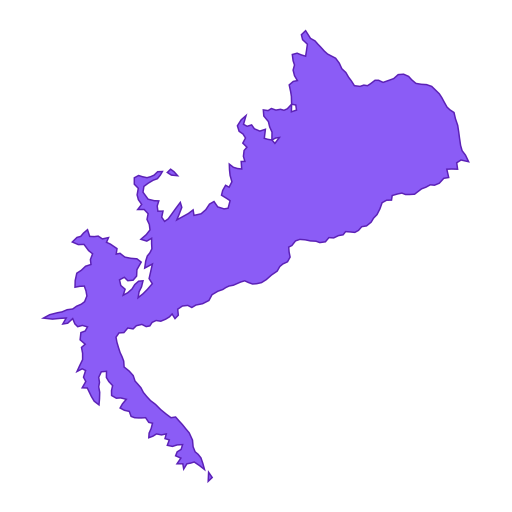 outline of Praia Grande, Santa Catarina, Brazil
{"feature_id": "56859067B99383778089329", "entity_name": "Praia Grande", "entity_type": "district", "adm_level": 2, "iso_a3": "BRA", "parent_name": "Brazil", "parent_adm1": "Santa Catarina", "projection": "equal_earth", "projection_center": [-50.033, -29.21], "detail": "fine", "context": "isolated", "style": "filled", "palette": "violet", "viewbox_px": 512, "rotation_deg": 0, "n_neighbors": 0, "source": "geoboundaries", "source_scale": "gbopen_adm2", "svg_char_len": 5490}
<svg xmlns="http://www.w3.org/2000/svg" viewBox="0 0 512 512"><path d="M305.6,30.7L301.4,34.7L302.6,39.7L307.4,44.2L306.4,51.2L305.6,56.2L301.3,54.9L297.1,53.2L292.3,54.5L293.1,60.7L294.5,65.0L293.1,70.1L294.5,75.7L297.4,80.6L293.3,81.4L289.2,84.9L290.7,91.9L291.4,96.4L291.6,104.2L287.3,108.8L284.0,110.3L280.5,109.3L275.9,110.1L271.4,108.5L268.1,110.6L263.3,109.9L263.8,116.0L268.4,121.6L269.7,127.0L272.0,132.1L271.9,140.0L267.6,139.3L264.3,138.3L265.4,129.3L259.8,131.1L254.4,128.8L251.6,124.9L247.1,126.3L243.5,124.3L246.0,115.6L241.2,119.8L237.4,125.8L239.1,131.3L243.0,134.0L245.5,138.0L242.8,143.1L246.9,147.2L244.1,150.5L243.4,156.3L244.9,161.4L241.2,161.5L241.7,169.0L237.4,168.5L233.4,167.3L229.3,164.1L229.5,169.8L230.1,175.4L231.9,181.8L229.1,187.2L225.6,185.3L222.7,190.4L221.5,195.2L226.7,198.4L230.1,200.7L228.1,208.2L224.1,208.9L217.7,206.9L214.0,201.5L209.5,204.1L205.8,209.7L201.1,213.8L194.0,215.4L193.1,209.9L188.4,213.5L182.6,216.7L176.8,219.9L179.2,214.1L181.8,207.4L180.3,202.4L175.8,208.4L171.5,214.4L168.2,218.9L164.6,221.4L161.7,217.2L163.0,211.1L157.9,211.2L157.2,206.0L158.8,200.9L154.2,200.7L148.1,199.2L143.0,192.2L143.9,186.4L148.2,183.2L153.2,180.2L157.4,178.7L160.3,175.1L162.4,171.5L157.7,171.7L154.0,175.2L150.6,176.7L147.0,177.7L142.4,176.7L138.6,175.5L134.3,177.8L134.3,184.2L138.3,188.3L137.1,194.9L138.4,199.7L141.7,204.4L137.7,209.5L144.2,209.5L148.1,213.7L147.0,219.4L149.3,224.4L150.0,229.9L146.3,234.6L140.9,239.3L146.8,241.1L151.6,238.3L151.6,243.6L151.9,248.8L149.9,252.8L147.3,256.0L145.7,261.1L144.7,268.1L152.4,264.0L151.1,269.7L149.1,278.6L152.3,283.7L147.3,289.5L143.0,293.8L138.1,297.7L139.1,291.7L141.5,286.9L143.0,280.8L138.6,281.2L134.8,284.5L132.0,289.0L127.7,292.8L123.2,295.2L125.1,289.2L120.8,285.5L119.5,279.8L124.3,277.3L127.8,280.7L133.1,280.2L136.6,276.1L136.9,269.7L141.2,262.1L136.9,258.8L130.8,258.3L124.8,257.1L120.0,253.3L116.2,254.1L117.0,248.6L110.4,244.1L106.5,242.3L108.5,237.6L102.4,238.9L98.2,236.1L94.3,236.6L89.7,236.4L87.5,229.7L83.5,233.1L80.7,236.4L77.0,237.4L72.3,242.0L78.3,244.6L84.0,244.4L88.6,250.6L92.6,253.8L90.4,259.6L91.0,264.5L85.6,266.2L81.3,270.3L76.8,273.2L75.2,280.5L75.0,287.2L79.8,286.3L84.3,286.1L86.0,290.9L86.9,296.0L84.6,301.7L81.3,304.2L76.6,306.2L72.7,309.0L67.2,309.7L62.0,311.9L57.6,312.7L49.7,314.7L43.4,318.1L52.5,319.1L59.8,318.4L66.2,318.0L62.8,324.0L67.7,323.2L72.7,318.6L74.9,323.9L77.7,326.7L82.4,325.4L87.5,326.9L85.2,331.0L80.9,332.6L80.1,339.8L85.2,344.2L81.5,347.4L82.6,353.3L82.6,359.6L79.6,365.8L77.0,371.5L82.2,368.8L85.6,370.5L83.5,377.2L85.8,381.5L82.2,387.8L87.3,388.0L91.4,396.5L94.2,401.2L99.0,404.9L99.5,399.0L99.7,392.3L98.7,386.8L99.5,382.3L98.7,377.3L101.3,371.8L106.5,371.3L106.4,377.5L108.8,381.5L112.6,385.6L111.5,390.7L111.6,395.5L116.3,398.2L120.6,397.9L126.3,399.3L122.5,403.8L120.1,408.0L124.4,410.3L129.3,411.4L131.1,416.4L134.6,417.7L138.1,417.9L141.7,417.9L145.6,417.7L148.8,422.4L152.5,423.2L151.2,428.4L149.1,433.1L148.8,437.7L152.9,436.2L156.5,433.9L161.5,434.9L166.3,433.9L165.0,438.6L169.3,439.9L167.3,445.3L172.5,446.4L177.2,444.9L182.6,444.6L181.1,449.4L177.2,451.8L175.6,455.8L180.9,458.1L177.0,463.8L182.8,463.8L183.7,469.0L186.9,463.8L190.6,463.1L194.2,462.0L199.4,465.5L204.5,469.5L202.8,463.3L200.9,457.8L198.1,454.3L195.1,451.8L193.1,446.8L192.5,440.1L189.2,432.9L185.6,428.6L182.4,424.6L179.2,421.1L175.6,417.0L171.0,417.7L166.3,414.2L160.8,409.7L155.5,404.4L150.5,400.6L146.7,396.5L143.4,392.5L140.9,387.7L138.3,384.7L135.0,381.0L133.2,375.6L129.2,371.1L124.1,367.0L123.7,361.1L122.0,356.6L120.1,352.6L118.5,347.6L116.9,342.2L116.0,337.2L119.0,332.9L123.9,332.6L127.8,328.0L133.1,328.9L136.4,325.7L141.9,324.4L146.2,326.6L149.8,325.9L152.1,322.4L156.1,320.5L160.8,321.2L165.6,319.2L169.4,316.9L172.1,314.0L175.0,318.6L178.3,315.2L177.7,309.2L182.4,306.0L187.8,305.4L191.8,307.5L196.0,305.0L202.6,303.7L208.9,300.5L212.0,294.7L217.9,291.2L222.8,289.5L225.9,287.5L229.1,286.0L233.4,285.2L236.8,283.7L240.7,282.0L244.7,280.8L248.4,282.5L252.5,284.0L256.7,283.7L261.5,282.6L266.3,279.6L271.5,275.0L277.2,271.1L279.8,266.5L282.8,264.0L287.5,261.8L290.1,257.1L289.1,252.1L288.7,247.1L291.9,245.5L295.5,240.9L299.8,239.4L305.2,239.8L310.4,240.9L316.0,241.2L319.8,242.6L325.4,241.8L328.9,237.6L333.7,237.9L338.5,235.6L343.1,234.8L345.6,231.6L349.9,231.9L354.8,232.4L358.5,230.4L361.7,226.7L366.5,225.9L371.1,222.2L373.6,218.1L377.0,214.6L379.9,208.9L382.1,202.7L386.6,200.2L391.5,200.1L392.2,195.5L397.8,193.9L401.9,193.1L405.5,194.5L409.6,194.5L414.6,194.2L417.8,191.7L421.6,188.8L425.9,187.2L430.3,184.8L434.5,185.2L439.3,183.2L443.8,178.3L448.7,177.5L446.8,169.2L451.8,169.0L457.6,169.2L456.7,162.8L461.0,160.0L468.6,161.7L465.5,155.2L462.1,150.7L460.6,145.5L459.5,138.0L458.7,131.9L457.7,125.4L455.4,118.6L454.0,112.5L450.0,109.9L447.0,107.1L444.2,102.1L441.9,97.8L439.3,93.8L435.0,89.6L431.7,86.4L426.5,84.6L421.4,84.3L415.9,83.4L411.7,79.8L408.6,76.4L403.6,74.2L398.2,74.6L393.7,78.6L390.4,79.8L383.1,82.4L378.6,80.3L375.0,80.3L370.7,83.6L367.5,85.7L363.8,85.1L360.1,86.4L354.4,85.7L351.5,81.1L348.5,77.1L345.9,72.6L341.8,68.7L339.3,63.2L335.6,58.2L332.1,56.4L327.5,54.0L324.2,51.0L320.8,47.2L317.8,44.1L315.0,40.9L310.5,38.4L305.6,30.7ZM291.6,104.2L295.8,105.0L296.5,110.1L291.4,111.8L291.6,104.2ZM271.9,140.0L275.7,138.0L279.4,137.5L274.9,143.4L271.9,140.0ZM174.0,171.7L170.6,169.2L167.3,172.5L171.4,175.1L177.6,175.7L174.0,171.7ZM212.2,477.5L208.6,472.3L208.2,481.3L212.2,477.5Z" fill="#8b5cf6" stroke="#5b21b6" stroke-width="1.5"/></svg>